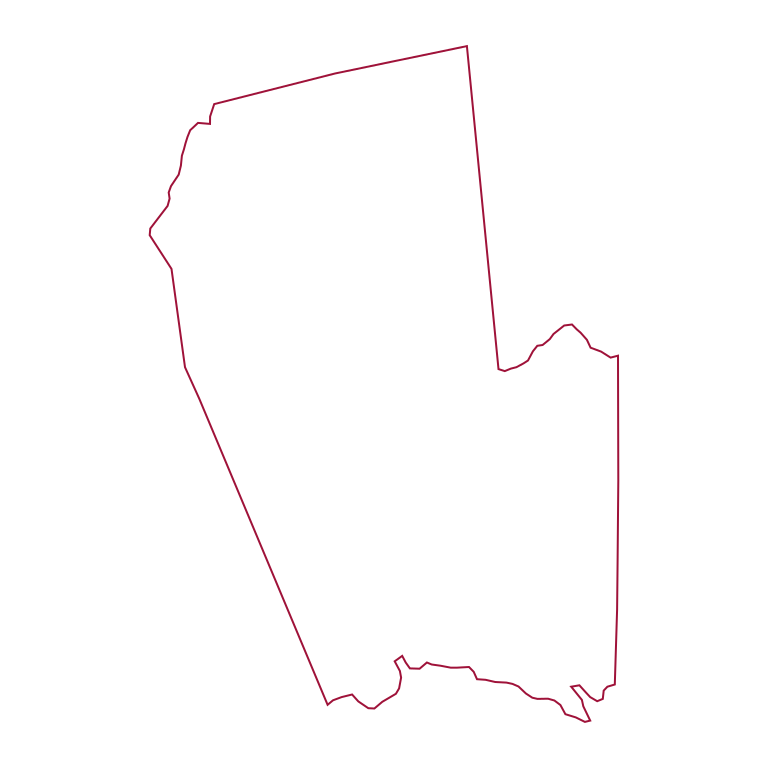 João Câmara, Rio Grande do Norte, Brazil (Natural Earth projection)
{"feature_id": "56859067B69289954608345", "entity_name": "João Câmara", "entity_type": "district", "adm_level": 2, "iso_a3": "BRA", "parent_name": "Brazil", "parent_adm1": "Rio Grande do Norte", "projection": "natural_earth1", "projection_center": [-35.848, -5.472], "detail": "fine", "context": "isolated", "style": "outline", "palette": "rose", "viewbox_px": 768, "rotation_deg": 0, "n_neighbors": 0, "source": "geoboundaries", "source_scale": "gbopen_adm2", "svg_char_len": 1312}
<svg xmlns="http://www.w3.org/2000/svg" viewBox="0 0 768 768"><path d="M614.8,684.5L617.1,609.6L617.6,561.1L618.3,480.4L618.0,355.7L610.6,357.6L601.1,351.6L590.6,347.7L586.9,339.8L580.7,332.8L576.7,329.3L572.0,324.5L564.2,325.5L553.5,334.0L549.8,339.1L542.6,345.0L537.3,345.8L532.9,351.3L528.0,360.5L523.5,363.4L516.4,367.2L510.9,368.6L504.8,371.1L498.5,369.1L466.9,46.1L392.2,61.6L335.0,73.5L214.2,104.1L210.1,116.5L210.0,123.9L198.0,122.9L190.2,130.2L187.5,136.9L185.5,143.3L183.9,149.4L181.9,155.7L180.9,165.6L178.7,174.6L171.0,186.1L168.7,192.5L169.6,198.6L167.6,205.9L150.3,228.5L149.7,235.2L171.5,268.9L185.0,367.2L199.3,398.8L246.6,511.6L327.6,704.8L333.0,700.3L341.6,697.1L352.1,694.5L358.3,701.4L368.3,708.2L374.4,708.5L382.3,701.8L395.9,693.8L399.1,688.4L401.1,677.6L399.9,671.0L394.7,661.3L402.2,655.9L405.7,662.5L409.9,668.4L419.6,668.7L426.9,662.5L431.7,664.5L440.4,665.7L450.9,667.7L456.3,667.7L469.0,667.0L473.7,671.8L477.0,679.2L485.6,679.8L495.2,682.0L506.5,682.6L512.5,683.9L518.5,686.5L525.9,693.5L532.3,697.7L537.5,698.9L548.0,698.7L554.4,700.5L560.4,705.0L565.4,714.2L575.8,717.4L584.9,721.9L590.2,720.6L583.3,706.3L581.9,699.9L571.2,686.7L579.4,685.3L586.0,692.6L590.2,697.1L597.2,701.2L602.8,698.9L603.7,690.6L607.4,686.7L614.8,684.5Z" fill="none" stroke="#9f1239" stroke-width="2"/></svg>